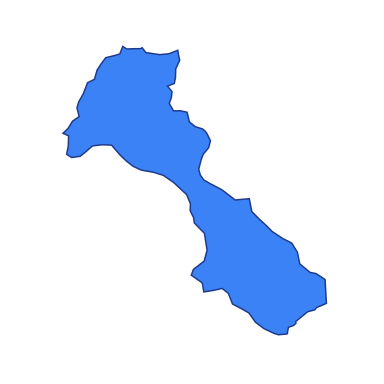 outline of Sarama, Paphos, Cyprus, rotated 82°
{"feature_id": "46923920B86735418834185", "entity_name": "Sarama", "entity_type": "district", "adm_level": 2, "iso_a3": "CYP", "parent_name": "Cyprus", "parent_adm1": "Paphos", "projection": "mercator", "projection_center": [32.535, 34.96], "detail": "fine", "context": "isolated", "style": "filled", "palette": "blue", "viewbox_px": 384, "rotation_deg": 82, "n_neighbors": 0, "source": "geoboundaries", "source_scale": "gbopen_adm2", "svg_char_len": 1524}
<svg xmlns="http://www.w3.org/2000/svg" viewBox="0 0 384 384"><g transform="rotate(82 192 192)"><path d="M297.2,72.4L290.1,80.4L288.0,86.4L278.1,95.3L266.4,96.0L256.5,100.3L250.8,108.5L242.3,118.1L236.6,122.3L227.8,129.5L219.7,135.5L206.6,136.2L205.9,150.4L194.2,161.8L188.4,169.8L186.0,173.2L181.8,178.6L176.4,181.4L170.5,182.2L161.7,178.6L156.3,175.8L150.5,169.4L143.8,166.6L136.4,169.0L133.8,170.4L131.0,172.8L127.8,179.6L122.3,184.8L112.3,185.8L109.9,192.4L109.1,199.0L101.2,202.2L95.4,199.2L89.8,197.8L83.8,201.6L82.0,194.4L76.3,192.4L67.9,191.0L59.7,185.8L56.0,186.2L49.7,186.4L51.9,195.5L51.5,204.8L47.5,218.3L42.2,221.3L42.9,223.1L42.2,227.9L41.3,236.7L38.2,240.3L45.3,244.3L46.0,249.1L47.0,258.7L52.7,264.4L55.4,266.7L57.9,268.9L66.9,273.0L69.1,280.1L79.8,286.1L86.9,291.6L92.6,294.2L101.6,293.3L105.2,300.4L111.8,305.9L115.9,311.6L119.2,306.4L129.2,308.1L137.3,310.9L138.6,309.3L141.1,306.4L141.1,299.5L141.1,297.8L137.3,291.4L132.5,284.2L132.7,274.7L134.4,265.1L145.6,257.9L152.2,252.7L158.4,246.7L163.2,239.3L167.2,227.2L171.5,218.1L180.3,208.6L194.0,197.6L203.5,195.2L210.4,196.4L217.6,194.0L223.0,194.0L234.7,185.4L251.8,185.2L262.0,189.5L268.9,201.4L274.3,204.3L283.4,194.5L292.6,194.2L292.4,184.4L291.7,175.6L297.4,170.1L308.5,167.5L314.5,159.2L319.7,152.5L329.9,147.2L337.3,139.8L343.5,130.3L345.4,126.2L345.8,118.0L345.5,117.2L342.9,116.6L339.4,115.3L338.4,110.2L336.4,107.3L334.7,107.3L326.7,94.2L325.8,86.8L323.8,84.9L321.0,74.4L297.2,72.4Z" fill="#3b82f6" stroke="#1e3a8a" stroke-width="1.5"/></g></svg>